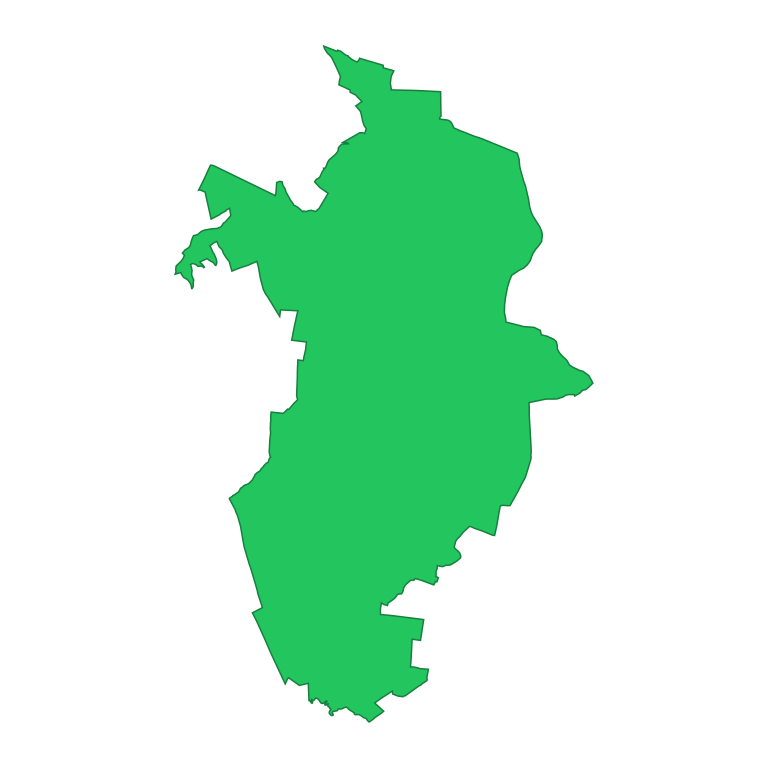 Oteleni, Iasi, Romania
{"feature_id": "2599482B92750391134377", "entity_name": "Oteleni", "entity_type": "district", "adm_level": 2, "iso_a3": "ROU", "parent_name": "Romania", "parent_adm1": "Iasi", "projection": "orthographic", "projection_center": [27.012, 47.088], "detail": "fine", "context": "isolated", "style": "filled", "palette": "green", "viewbox_px": 768, "rotation_deg": 0, "n_neighbors": 0, "source": "geoboundaries", "source_scale": "gbopen_adm2", "svg_char_len": 6097}
<svg xmlns="http://www.w3.org/2000/svg" viewBox="0 0 768 768"><path d="M229.3,498.6L235.2,509.7L235.6,511.3L237.6,515.9L240.5,526.1L244.1,546.7L249.5,565.0L250.4,567.2L253.2,576.5L257.4,591.0L257.7,593.1L262.4,607.6L252.4,612.8L256.3,620.4L264.2,637.8L271.2,653.9L285.2,683.9L287.7,678.6L288.5,677.7L299.4,685.4L308.3,683.3L309.0,700.6L309.9,700.8L311.4,703.0L312.2,703.2L312.5,702.8L312.5,702.3L311.4,700.7L311.6,699.6L313.3,700.7L314.4,699.8L315.4,698.2L316.7,698.2L318.3,699.2L320.9,702.9L321.6,703.4L323.1,703.4L324.7,702.4L326.1,701.1L326.9,701.2L327.0,701.5L326.6,702.0L325.0,703.6L324.8,704.7L325.1,705.1L326.3,705.0L327.2,704.0L328.2,703.9L327.8,706.0L328.3,706.7L329.6,707.2L329.5,707.7L329.7,708.3L330.9,709.1L329.5,711.3L329.2,712.4L329.3,713.4L330.5,714.9L331.5,715.5L332.5,715.5L333.1,715.1L333.2,714.5L332.4,712.9L332.4,712.3L333.3,711.4L336.9,710.8L337.5,710.4L338.3,708.8L340.5,709.1L342.1,708.8L344.7,707.4L346.4,707.2L347.5,707.7L348.7,709.4L354.2,712.8L354.3,714.0L354.6,714.4L355.5,714.7L358.6,714.5L361.2,715.7L363.3,717.5L366.2,718.6L367.4,720.4L368.9,721.9L369.7,721.7L373.4,719.0L375.4,717.2L381.5,713.1L383.7,711.2L374.7,703.0L380.6,698.7L392.3,691.1L392.8,694.1L398.2,696.1L402.9,696.7L403.6,696.5L404.5,695.7L405.4,695.7L418.8,686.0L420.5,685.3L422.2,683.7L426.7,680.8L427.0,680.4L427.2,679.1L426.7,678.4L428.4,669.3L419.8,668.6L417.7,667.8L413.7,667.0L410.4,666.9L411.0,661.1L412.1,639.2L420.5,640.4L423.7,619.6L393.1,615.7L380.5,614.5L380.4,609.3L381.3,603.0L384.2,604.6L387.5,605.5L387.9,603.2L393.7,599.1L395.3,597.6L397.5,594.5L398.5,594.0L401.4,593.9L402.3,592.8L402.9,591.5L403.6,588.2L404.4,586.4L406.4,584.0L410.8,580.2L412.3,580.0L413.8,580.4L415.1,578.5L421.0,580.2L433.8,584.9L435.5,581.6L436.9,581.8L438.4,577.7L435.8,576.5L436.2,574.5L435.9,571.7L437.1,568.8L437.2,566.2L437.4,565.7L441.9,566.6L443.1,566.5L445.7,565.3L449.5,565.1L451.5,564.4L457.2,560.8L460.4,558.0L460.8,556.6L460.5,555.1L459.7,553.0L458.2,551.2L455.2,548.7L454.4,547.5L454.3,546.7L455.5,542.1L455.9,540.7L456.5,540.3L457.1,539.0L459.9,536.5L462.9,532.6L469.5,526.4L471.5,526.9L474.2,528.2L482.6,531.1L492.2,535.1L494.6,535.5L496.6,526.7L500.1,506.5L501.4,505.5L503.3,505.3L507.7,505.7L510.0,505.6L518.3,490.8L521.6,484.1L525.4,477.3L530.8,459.5L531.1,457.5L530.9,455.4L531.2,451.2L531.0,446.2L529.2,414.0L529.3,408.6L529.0,402.6L545.9,399.1L556.9,399.0L561.0,397.6L562.6,397.3L565.7,395.2L568.4,394.6L574.3,394.6L574.6,396.0L579.5,393.4L582.7,390.2L585.1,389.8L586.9,388.8L592.9,383.1L588.9,375.7L582.8,371.2L580.1,370.6L576.1,368.8L572.2,366.9L569.3,364.8L567.4,361.2L566.2,359.6L562.1,355.9L559.4,352.7L557.3,349.0L557.4,345.9L556.8,344.1L556.4,341.7L553.8,339.3L547.0,336.2L541.3,334.8L540.4,330.5L534.2,327.4L523.1,326.5L505.9,322.0L505.7,318.7L504.4,312.5L504.6,304.9L505.5,297.5L507.6,286.7L510.0,279.3L511.8,275.2L519.5,270.1L523.1,268.4L524.5,267.4L527.4,264.7L530.2,260.8L532.3,254.8L533.7,252.3L535.5,249.5L538.3,246.3L541.6,241.6L542.1,237.3L542.3,234.3L541.4,230.5L539.7,226.7L533.1,216.3L531.5,212.9L530.0,208.3L529.2,203.9L528.6,199.5L525.4,185.8L523.7,181.3L520.4,169.4L519.7,166.2L519.1,159.1L517.2,153.2L481.3,138.5L474.2,136.2L459.0,130.2L453.8,127.9L453.5,126.8L451.4,122.8L450.4,121.5L447.9,120.1L439.7,119.1L439.7,117.5L441.0,116.3L440.6,91.7L416.5,90.5L391.4,89.9L390.4,83.5L390.5,81.8L391.2,76.4L393.8,70.8L383.3,67.8L383.2,65.3L359.6,58.3L359.4,59.2L358.5,60.5L357.3,61.9L356.7,62.0L352.5,59.8L348.6,56.9L348.0,55.8L345.9,55.2L340.3,51.0L337.6,50.2L337.5,51.0L336.8,51.3L323.8,46.1L324.5,48.6L327.1,52.8L330.2,55.8L332.0,58.2L336.7,67.9L340.5,76.7L339.5,80.2L338.9,84.8L350.1,90.0L350.1,92.2L356.0,95.2L357.8,97.4L361.9,101.5L355.8,105.9L360.6,111.6L362.8,121.5L364.1,125.5L366.3,128.7L364.7,133.5L362.3,132.6L359.7,132.8L342.9,142.4L347.7,143.0L348.4,143.7L341.8,144.1L339.0,147.0L338.4,147.7L338.2,150.3L337.3,152.1L335.1,154.7L329.1,159.9L327.9,161.8L325.9,166.8L325.0,168.2L323.5,168.2L323.8,169.7L322.5,171.2L319.9,176.9L318.3,178.3L316.1,179.5L314.6,181.9L319.8,187.5L328.1,193.3L319.1,208.4L315.7,211.5L311.3,210.3L308.4,210.7L306.0,211.6L303.9,211.0L302.8,211.7L297.7,207.2L293.4,204.8L293.1,203.7L290.3,199.8L286.1,192.1L284.9,188.4L282.9,185.4L282.1,181.7L279.2,181.4L277.6,182.4L276.7,182.4L275.9,193.3L275.3,195.6L213.3,165.5L210.5,165.1L204.2,178.9L198.6,190.2L200.0,189.9L205.1,192.1L211.1,219.1L219.3,214.9L220.5,213.8L226.0,210.8L226.0,210.2L229.6,208.3L230.8,215.6L225.2,222.1L223.5,223.0L221.4,226.4L220.0,227.3L217.0,228.4L211.3,228.9L204.4,230.1L201.4,231.3L197.6,234.6L193.5,235.7L192.4,238.0L191.2,241.5L190.7,244.1L189.6,246.4L188.5,247.7L184.9,250.1L182.4,253.1L184.4,255.3L183.1,258.5L180.9,261.4L176.2,265.9L175.7,269.2L176.0,271.9L175.1,274.2L180.9,272.5L181.5,274.4L183.1,276.7L184.2,277.8L185.2,278.2L188.0,280.2L189.9,282.6L191.1,285.3L191.7,288.6L192.1,288.6L193.3,286.5L193.2,283.1L193.7,280.0L191.8,275.5L191.7,273.2L192.1,270.5L191.4,267.3L190.5,264.6L192.5,263.5L193.4,263.7L196.0,264.6L197.9,266.3L201.4,266.1L202.8,266.7L203.8,267.6L204.2,267.5L204.2,266.9L202.3,264.4L200.5,262.8L199.9,261.9L207.1,258.6L208.9,260.1L213.3,262.6L215.4,265.3L216.0,265.3L216.8,262.7L216.4,259.4L214.4,254.6L212.5,251.5L211.5,248.8L210.0,245.8L213.1,243.3L216.0,241.7L216.8,241.4L219.1,246.8L222.0,249.5L223.4,253.3L225.8,257.1L229.2,261.6L231.9,271.1L239.9,267.9L247.9,265.3L256.8,261.4L258.2,266.1L260.4,278.3L263.3,289.4L265.7,294.2L267.5,296.6L279.7,316.5L280.5,309.9L297.8,310.8L294.3,326.6L291.7,340.2L306.4,342.0L305.6,349.6L303.8,357.5L303.3,360.7L297.9,359.9L297.4,370.0L297.3,378.0L296.6,395.8L297.6,399.8L294.4,402.8L288.8,409.3L287.5,409.1L284.1,412.8L282.9,413.3L271.1,412.1L270.8,416.0L270.7,421.9L270.5,422.9L270.3,429.2L270.6,432.8L269.8,440.0L269.2,452.1L270.1,456.4L270.7,457.2L269.7,458.1L269.1,459.2L268.2,462.2L266.3,463.2L264.6,464.9L263.9,465.6L263.9,466.0L261.2,468.7L260.4,470.4L259.9,470.9L257.1,472.7L255.0,474.6L254.8,475.5L252.3,480.0L248.6,483.7L244.0,485.5L241.8,487.7L240.6,488.2L238.7,491.8L234.5,494.8L232.9,495.5L232.4,496.3L229.7,498.0L229.3,498.6Z" fill="#22c55e" stroke="#15803d" stroke-width="1.5"/></svg>